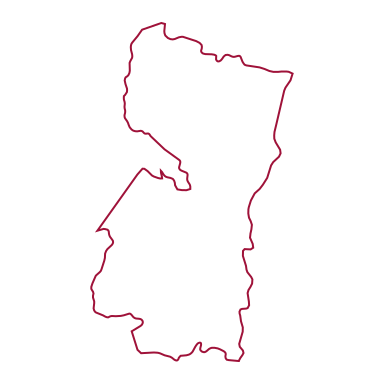 map outline of Alto Paraná (orthographic projection)
{"feature_id": "PRY-616", "entity_name": "Alto Paraná", "entity_type": "Department", "adm_level": 1, "iso_a3": "PRY", "parent_name": "Paraguay", "parent_adm1": "", "projection": "orthographic", "projection_center": [-55.001, -25.353], "detail": "fine", "context": "isolated", "style": "outline", "palette": "rose", "viewbox_px": 384, "rotation_deg": 0, "n_neighbors": 0, "source": "natural_earth", "source_scale": "10m", "svg_char_len": 4431}
<svg xmlns="http://www.w3.org/2000/svg" viewBox="0 0 384 384"><path d="M250.4,234.4L250.0,237.7L252.7,243.9L253.2,247.7L250.6,249.4L244.6,249.1L243.0,250.9L242.9,255.9L246.0,265.9L246.5,269.6L247.4,272.2L251.2,277.0L252.4,279.4L252.1,283.6L250.4,287.0L248.5,290.0L247.6,293.1L248.9,301.7L249.1,305.3L247.6,308.1L246.1,308.6L242.0,308.9L240.5,309.5L239.5,311.6L239.6,313.5L240.2,315.5L241.0,321.3L242.8,327.4L242.7,331.7L239.2,343.9L239.8,346.8L242.9,350.5L243.5,353.0L242.4,355.1L240.4,357.9L239.0,360.5L238.9,361.0L238.5,361.0L228.7,360.1L226.8,359.7L225.8,358.5L225.5,357.3L225.4,356.1L225.7,354.7L225.7,353.8L225.5,353.0L225.1,352.4L224.4,351.7L223.5,351.1L220.2,349.4L217.7,348.4L214.5,347.8L211.8,347.8L210.5,348.2L209.0,349.0L206.7,351.0L205.7,351.7L204.8,352.1L203.5,352.1L202.1,351.7L200.6,350.4L200.2,349.4L200.3,348.1L201.0,345.3L201.1,344.4L201.0,343.5L200.7,342.9L200.2,342.7L199.4,342.7L198.3,343.1L197.5,343.7L196.5,344.9L195.3,346.7L192.7,351.5L192.0,352.4L190.8,353.5L189.6,354.3L188.6,354.7L186.3,355.3L180.6,355.8L179.5,357.0L178.8,357.9L178.3,359.3L178.0,359.7L177.6,360.1L176.9,360.5L175.9,360.4L174.5,359.8L171.9,357.7L170.1,356.7L164.6,355.3L160.2,353.4L158.5,352.9L157.2,352.7L153.8,352.5L141.1,353.2L137.5,349.8L131.7,331.3L140.6,325.9L142.0,324.6L142.8,322.8L142.7,321.2L141.7,319.8L140.6,319.1L139.3,318.8L136.0,318.5L134.6,318.0L133.5,317.2L132.6,316.2L132.0,315.4L131.3,314.6L130.3,313.8L129.3,313.6L123.8,315.3L120.8,315.9L115.9,316.2L111.8,316.0L110.3,316.3L108.1,317.4L106.8,317.2L105.4,316.7L103.1,315.4L96.0,312.5L95.2,311.9L94.2,310.5L93.6,308.4L94.2,303.2L94.2,301.4L93.0,297.5L93.0,295.7L93.5,293.5L93.0,291.7L92.2,290.5L91.3,288.9L91.3,286.9L92.4,283.5L95.7,275.9L96.3,275.2L99.8,272.1L100.9,270.8L101.6,269.0L104.3,260.6L104.9,257.9L105.1,253.6L106.1,251.0L107.4,249.1L111.8,245.0L112.8,243.5L113.1,242.2L112.9,240.8L112.1,239.6L109.9,236.6L109.2,234.8L108.9,233.2L108.8,231.8L108.4,230.6L107.5,229.7L105.2,229.1L103.6,228.9L97.4,230.7L137.4,174.5L142.5,168.7L144.4,168.8L147.6,171.1L152.0,175.5L153.8,176.5L158.0,178.0L160.2,178.5L162.1,178.4L161.9,176.6L161.0,172.8L160.9,170.8L162.0,172.0L163.6,174.6L164.7,175.9L166.0,176.8L167.4,177.3L170.4,177.9L172.8,178.9L174.1,180.6L174.8,182.7L175.1,185.3L177.4,189.4L181.8,190.1L186.4,190.2L190.3,189.0L190.3,186.6L190.1,185.6L189.8,184.7L189.3,183.8L188.3,182.3L187.8,181.4L187.4,180.5L187.2,179.5L187.2,178.3L187.6,174.9L187.4,173.9L186.9,173.1L186.2,172.6L181.6,170.7L180.7,170.2L180.0,169.7L179.5,169.0L179.1,168.1L179.1,167.2L180.1,163.5L180.3,162.3L180.2,161.2L179.7,160.4L179.0,159.8L164.5,149.3L150.6,136.1L149.6,134.5L149.0,133.9L148.2,133.5L147.2,133.5L146.2,133.7L145.3,133.7L144.5,133.4L143.8,132.8L143.2,132.1L142.5,131.4L141.7,131.0L140.7,130.8L137.5,131.3L136.4,131.3L135.2,131.2L134.1,130.9L133.2,130.6L132.3,130.0L131.6,129.5L130.4,128.1L129.8,127.4L129.4,126.6L128.6,124.7L128.0,122.9L127.1,121.2L125.0,118.2L124.6,117.0L124.5,115.2L125.1,112.8L125.2,111.3L125.1,110.1L124.8,109.1L124.6,108.0L124.5,106.7L124.8,103.8L124.7,102.6L124.5,101.5L124.2,100.6L123.9,99.5L123.8,98.1L123.9,96.1L125.1,94.9L126.9,92.1L127.1,90.3L127.0,88.6L125.5,84.1L124.7,80.5L125.1,78.4L125.7,77.3L127.1,76.4L128.3,75.3L129.4,73.0L129.8,70.7L129.6,62.9L130.3,61.1L132.1,57.8L132.3,56.2L132.1,54.2L131.0,50.0L130.8,47.1L131.0,45.3L131.5,43.7L132.4,42.4L137.6,36.1L142.1,29.7L161.3,23.0L165.0,24.0L164.3,31.1L164.5,33.2L165.3,35.5L167.9,38.0L170.4,39.1L172.7,39.4L174.8,39.0L178.9,37.3L181.5,36.8L182.9,36.8L196.2,41.1L199.6,42.9L201.6,45.0L201.9,46.7L201.8,48.1L201.6,49.1L201.2,50.2L201.1,51.1L201.5,52.2L202.6,53.3L204.0,53.8L205.4,54.1L211.7,54.3L214.2,54.7L215.6,55.3L216.2,55.9L216.2,56.8L216.1,57.9L216.1,59.6L217.0,60.9L217.9,61.4L218.9,61.4L219.8,61.0L220.8,60.4L221.6,59.5L222.4,58.5L223.5,56.8L224.4,55.9L225.6,55.0L227.7,54.8L229.2,55.2L231.2,56.2L232.5,56.7L233.9,56.9L235.1,56.7L237.6,56.0L239.1,55.8L239.9,56.1L240.6,56.9L242.5,61.7L243.5,63.3L244.6,64.7L246.3,65.4L259.6,67.4L264.6,69.0L269.4,71.0L273.5,71.9L277.8,71.9L281.8,71.5L286.3,71.5L288.7,71.8L292.6,73.6L290.5,80.3L285.5,87.6L284.2,90.7L276.1,125.3L274.5,131.9L274.2,135.4L274.3,138.7L275.7,142.4L280.1,149.7L280.6,153.3L279.0,156.7L273.2,162.1L271.1,165.4L267.2,177.9L262.9,184.7L259.7,188.9L254.7,193.4L250.9,200.5L248.8,207.2L248.4,209.4L248.3,213.5L249.0,217.7L250.7,221.2L251.9,224.8L251.4,229.3L250.4,233.9L250.4,234.4Z" fill="none" stroke="#9f1239" stroke-width="2"/></svg>